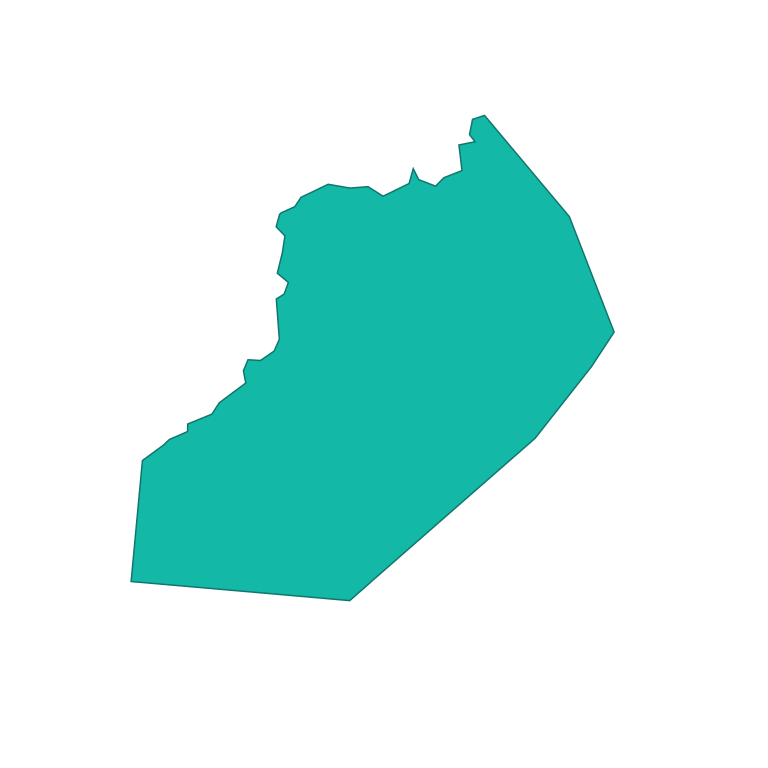 the district of Williamson, Texas, United States of America, rotated 115°
{"feature_id": "52423323B40503008253426", "entity_name": "Williamson", "entity_type": "district", "adm_level": 2, "iso_a3": "USA", "parent_name": "United States of America", "parent_adm1": "Texas", "projection": "orthographic", "projection_center": [-97.689, 30.655], "detail": "fine", "context": "isolated", "style": "filled", "palette": "teal", "viewbox_px": 768, "rotation_deg": 115, "n_neighbors": 0, "source": "geoboundaries", "source_scale": "gbopen_adm2", "svg_char_len": 746}
<svg xmlns="http://www.w3.org/2000/svg" viewBox="0 0 768 768"><g transform="rotate(115 384 384)"><path d="M555.4,570.6L669.9,529.7L594.8,323.5L566.6,311.2L440.6,255.6L369.3,224.1L280.6,203.3L239.7,197.4L154.0,286.7L98.1,406.4L106.7,415.6L121.8,411.9L126.0,403.9L135.7,417.1L157.6,403.5L171.6,416.8L182.9,420.9L184.1,438.9L176.5,448.5L191.7,446.0L214.2,464.2L211.9,481.9L220.8,497.6L226.6,519.0L249.9,538.1L261.0,539.8L272.3,549.5L274.5,550.3L287.1,548.2L291.6,536.4L308.0,531.6L328.7,527.5L332.4,513.6L344.6,512.5L352.5,517.5L387.8,497.7L400.6,497.5L414.9,505.9L419.5,517.5L431.4,517.0L441.5,509.7L470.5,525.3L484.1,527.3L503.2,545.0L510.1,541.9L524.9,555.0L532.9,558.2L555.4,570.6Z" fill="#14b8a6" stroke="#0f766e" stroke-width="1.5"/></g></svg>